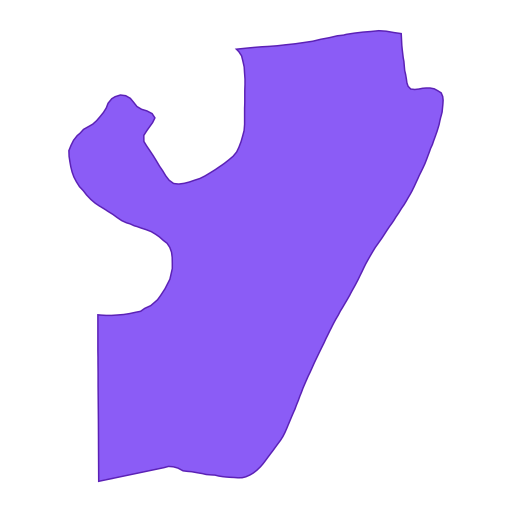 Nu'man, Al Bayda', Yemen (orthographic projection)
{"feature_id": "15242507B35371213994170", "entity_name": "Nu'man", "entity_type": "district", "adm_level": 2, "iso_a3": "YEM", "parent_name": "Yemen", "parent_adm1": "Al Bayda'", "projection": "orthographic", "projection_center": [45.536, 14.622], "detail": "fine", "context": "isolated", "style": "filled", "palette": "violet", "viewbox_px": 512, "rotation_deg": 0, "n_neighbors": 0, "source": "geoboundaries", "source_scale": "gbopen_adm2", "svg_char_len": 3851}
<svg xmlns="http://www.w3.org/2000/svg" viewBox="0 0 512 512"><path d="M98.7,481.3L164.1,467.6L168.5,466.4L173.4,466.8L178.0,468.1L183.0,470.8L187.7,471.4L191.6,471.7L197.1,472.7L202.5,473.6L206.2,474.5L211.3,474.9L215.0,475.1L218.6,476.0L221.8,476.5L222.4,476.6L226.1,477.0L230.0,477.3L234.4,477.5L238.1,477.8L242.2,477.7L245.8,476.8L249.9,475.0L253.3,473.0L256.9,470.2L260.5,466.7L263.0,463.8L265.5,460.5L268.0,457.1L270.4,453.9L273.0,450.5L275.3,447.3L277.8,443.9L279.0,442.3L280.5,440.3L282.9,436.5L284.9,432.6L287.0,427.8L288.5,424.1L288.7,423.7L290.4,419.6L292.5,414.6L294.3,410.5L294.8,409.5L296.6,404.6L298.3,400.5L299.9,396.0L301.4,392.4L302.9,388.3L304.7,384.1L306.3,380.4L306.4,380.2L308.1,376.3L310.1,372.2L312.0,368.0L314.4,362.6L317.0,357.2L319.2,352.6L321.8,347.3L324.0,342.9L326.0,338.5L327.8,334.9L329.8,330.8L331.9,326.7L332.1,326.2L333.7,323.1L335.7,319.4L338.3,315.0L340.3,311.1L342.3,307.9L344.9,303.5L347.5,299.1L349.9,294.9L350.2,294.2L351.9,291.0L354.1,287.1L355.9,283.8L358.2,279.4L360.0,275.6L362.0,271.6L363.6,268.2L365.6,264.1L368.1,259.6L370.2,255.9L372.5,252.0L374.6,248.5L375.5,247.1L377.3,244.6L379.7,241.2L381.9,238.1L384.0,234.9L386.9,230.4L389.5,226.5L391.8,223.4L393.9,220.3L395.9,217.0L398.7,212.9L401.4,208.5L403.0,206.2L404.0,204.8L406.0,201.5L408.1,197.8L410.4,193.9L412.2,190.6L412.9,189.1L414.1,186.7L415.8,183.0L417.8,178.7L419.3,175.3L421.3,171.3L423.1,167.6L424.9,163.7L426.5,159.6L427.8,156.1L428.2,155.0L429.2,152.4L430.6,148.4L432.4,144.5L433.6,140.9L435.3,136.3L436.2,133.7L436.7,132.3L437.0,131.5L438.0,128.2L438.2,127.6L439.1,124.5L439.9,120.6L440.9,116.5L441.1,116.0L442.1,112.0L442.5,108.0L442.9,103.9L443.1,100.2L443.0,99.2L442.7,96.5L441.2,92.9L437.9,90.8L434.2,88.8L430.0,88.0L426.3,88.0L422.5,88.3L418.5,89.1L417.3,89.2L414.8,89.5L413.2,89.3L410.8,89.1L408.1,86.3L407.5,84.6L406.9,82.8L406.4,79.1L405.6,74.4L404.7,70.6L404.3,66.3L403.9,61.5L403.2,57.7L402.7,53.5L402.2,49.3L401.8,45.3L401.3,35.2L401.2,33.6L394.2,32.6L386.2,31.2L378.8,30.7L370.8,31.5L363.0,32.1L354.6,33.1L346.1,34.4L343.7,35.1L337.3,35.8L329.3,37.7L320.7,39.3L312.9,41.2L306.2,42.2L305.5,42.3L295.1,43.8L285.6,44.8L277.0,45.8L269.0,46.4L261.6,46.8L254.2,47.4L246.0,48.2L236.4,49.2L238.8,51.6L241.6,55.9L243.0,61.6L244.2,67.0L244.5,72.1L245.0,79.0L245.0,84.5L244.8,90.4L244.8,96.6L244.8,100.8L244.8,102.0L244.7,105.8L244.6,108.0L244.6,113.5L244.6,118.7L244.6,124.4L244.1,130.6L242.5,136.6L241.1,141.5L238.9,147.3L236.7,151.9L233.1,156.3L231.4,157.7L228.8,159.9L224.2,163.5L221.5,165.4L219.4,166.8L214.9,169.9L209.7,173.1L204.9,176.0L199.9,178.5L194.3,180.3L189.4,182.0L184.3,183.3L179.2,184.0L178.0,184.0L173.6,183.5L169.1,180.2L165.7,175.8L162.7,170.8L159.6,166.3L156.4,160.9L153.2,155.7L149.8,150.6L146.6,145.9L143.9,141.5L143.8,135.4L146.6,131.0L149.5,126.9L152.6,122.6L154.9,117.9L152.1,113.6L146.9,110.9L141.6,109.3L136.9,106.5L133.7,102.4L130.3,98.3L125.7,95.7L120.4,95.0L115.1,96.7L111.8,98.7L108.1,103.2L106.3,107.9L103.5,112.4L100.2,116.5L96.5,120.8L92.7,124.2L88.3,126.7L83.5,129.4L80.1,133.2L77.3,135.5L73.6,140.2L71.0,145.4L68.9,150.6L69.1,156.4L69.9,161.7L70.8,166.8L72.1,172.0L73.9,177.0L76.3,181.6L79.5,186.7L83.2,190.6L86.6,195.0L90.9,199.5L95.1,203.1L99.4,206.0L103.9,208.7L108.5,211.7L112.9,214.4L117.1,217.5L121.7,220.6L126.5,222.8L130.2,223.9L134.3,225.8L136.9,226.5L141.3,228.1L146.0,229.6L151.2,231.6L155.7,234.3L159.4,236.9L163.2,240.3L167.1,243.3L169.8,247.4L171.5,252.1L171.8,254.2L172.2,257.4L172.3,263.3L172.3,268.6L171.1,273.9L169.9,279.2L165.0,288.8L160.5,295.7L157.5,299.8L150.8,305.6L144.7,308.4L140.6,311.3L135.5,312.3L129.5,313.6L123.8,314.5L117.4,315.0L111.8,315.4L106.7,315.4L105.9,315.4L101.0,315.1L97.9,314.8L97.9,339.1L97.9,350.9L98.0,357.3L98.0,362.1L98.1,373.1L98.1,386.0L98.4,420.0L98.5,439.9L98.5,441.2L98.5,443.2L98.7,481.3Z" fill="#8b5cf6" stroke="#5b21b6" stroke-width="1.5"/></svg>